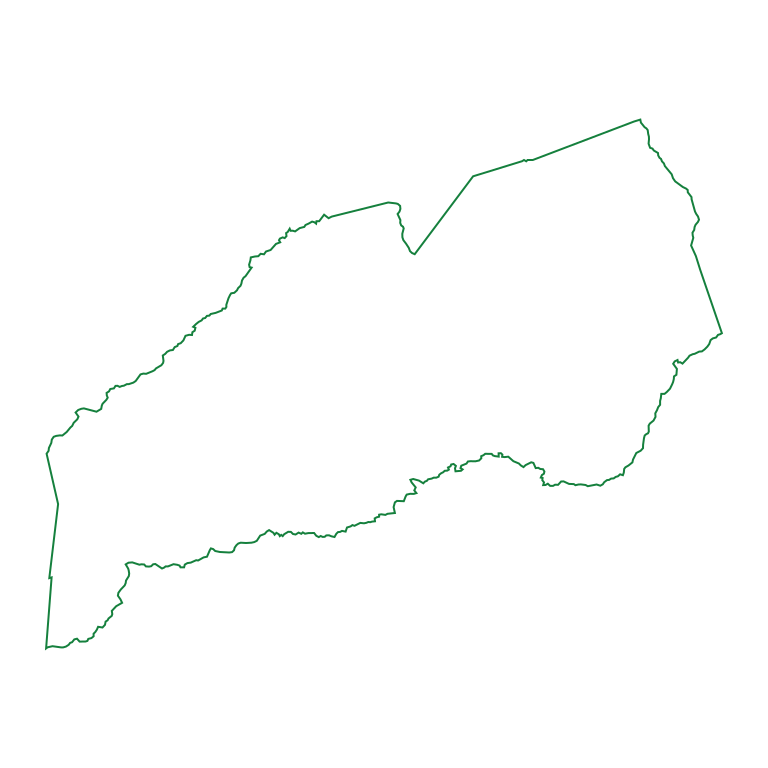 the district of Fernando Falcão, Maranhão, Brazil
{"feature_id": "56859067B71869987611972", "entity_name": "Fernando Falcão", "entity_type": "district", "adm_level": 2, "iso_a3": "BRA", "parent_name": "Brazil", "parent_adm1": "Maranhão", "projection": "orthographic", "projection_center": [-45.34, -6.195], "detail": "fine", "context": "isolated", "style": "outline", "palette": "green", "viewbox_px": 768, "rotation_deg": 0, "n_neighbors": 0, "source": "geoboundaries", "source_scale": "gbopen_adm2", "svg_char_len": 6083}
<svg xmlns="http://www.w3.org/2000/svg" viewBox="0 0 768 768"><path d="M388.2,202.5L331.7,216.6L328.6,218.2L324.1,214.7L319.2,221.2L316.5,221.2L316.1,223.6L314.5,222.3L312.1,221.6L308.6,223.6L305.5,225.0L304.3,226.9L299.7,228.1L295.1,231.4L292.7,230.7L290.6,230.8L289.7,228.7L287.7,232.0L286.1,233.1L286.5,236.1L284.7,238.1L282.7,237.4L279.9,238.6L279.0,240.2L280.2,242.3L276.0,243.9L270.6,250.0L266.0,251.5L264.0,254.3L260.6,253.8L258.3,256.2L254.9,256.5L250.8,257.4L250.4,260.4L249.1,264.7L249.6,267.1L251.6,267.6L245.5,276.2L243.6,277.7L242.0,280.5L241.4,283.6L240.5,285.8L238.1,288.1L237.0,290.3L234.3,292.8L231.2,293.3L230.1,294.9L228.5,298.2L226.3,304.9L226.4,306.9L225.3,308.6L222.6,308.6L221.8,310.5L215.6,312.9L210.7,314.0L209.4,315.6L206.9,315.9L205.2,318.0L203.0,318.5L201.6,320.4L198.7,321.9L196.1,324.0L193.2,326.8L195.4,327.8L194.7,330.7L192.4,332.2L192.0,335.0L189.1,334.8L185.5,335.8L183.4,340.4L180.7,343.2L178.1,344.1L177.4,346.0L174.7,347.1L172.9,350.0L169.9,350.4L167.1,351.8L165.2,353.9L162.8,355.5L163.5,360.9L163.1,362.9L161.4,365.2L156.0,368.4L154.6,370.1L152.6,371.2L146.2,373.8L143.3,373.6L140.5,374.4L135.7,381.0L133.4,382.6L128.9,384.1L126.9,384.1L123.9,385.7L121.9,386.0L119.7,386.9L117.5,385.8L115.5,385.9L113.9,388.4L110.3,389.0L109.0,391.4L106.6,392.9L106.8,395.4L107.7,397.7L106.3,399.9L102.6,403.7L101.8,405.6L101.2,408.9L96.5,411.7L83.9,408.4L81.3,408.8L78.2,410.0L75.6,412.5L78.5,416.6L77.3,419.3L73.7,422.8L72.2,425.9L70.4,427.5L66.7,432.0L62.4,435.5L59.8,435.4L56.2,435.9L53.7,436.8L51.8,439.6L51.3,442.9L48.9,448.0L48.6,450.8L46.6,453.7L58.1,504.1L49.3,578.1L51.6,577.4L46.1,648.4L47.6,647.3L52.5,646.2L61.1,647.4L63.1,647.4L65.9,646.6L68.7,644.8L70.1,642.9L72.1,642.2L74.3,639.4L77.0,638.7L79.6,641.6L85.6,641.5L87.4,640.9L88.3,638.9L91.4,638.1L93.6,636.3L93.6,633.7L95.3,632.0L96.9,629.6L98.1,626.8L102.5,627.5L105.0,624.8L105.6,621.6L107.6,620.3L108.5,618.5L111.7,615.9L112.3,614.1L111.8,610.9L116.2,606.2L122.1,602.8L120.5,599.4L117.9,595.7L118.4,592.8L120.8,589.5L124.7,585.4L125.7,583.0L126.0,580.6L128.8,576.1L129.2,573.6L128.7,570.4L128.2,568.6L125.7,564.4L128.5,562.7L132.3,562.4L139.4,564.7L141.4,564.3L144.2,564.5L145.9,566.4L149.0,566.6L151.2,566.2L153.1,564.3L155.3,564.0L162.0,568.5L164.1,567.6L165.6,566.4L168.0,566.4L173.5,564.2L177.3,564.8L179.6,565.6L180.5,567.3L184.1,567.3L184.8,564.6L187.4,563.1L190.8,562.6L196.2,560.2L198.1,560.5L203.6,557.4L207.0,556.7L209.8,550.2L210.9,548.4L213.2,549.1L215.2,551.0L219.9,552.0L229.4,552.5L232.1,552.1L234.0,550.3L234.7,547.6L236.5,545.1L238.3,543.5L240.7,542.7L246.0,543.0L251.4,542.7L254.2,542.1L256.8,540.8L260.2,535.6L264.7,533.9L266.8,531.5L269.1,530.1L273.4,532.8L274.6,534.7L276.4,532.8L278.9,534.3L279.8,536.1L281.2,534.9L282.7,536.1L284.2,534.2L288.2,531.8L290.9,531.9L293.0,534.0L295.6,534.5L298.6,532.6L301.3,533.8L302.8,532.4L305.0,533.7L308.3,533.1L314.1,533.0L316.3,535.8L318.8,537.1L320.7,536.0L322.6,536.9L324.7,536.8L326.3,535.4L329.0,535.3L331.4,536.3L334.5,537.0L336.3,533.8L338.0,532.1L340.1,531.9L342.0,530.9L345.6,531.6L347.0,527.5L350.6,526.4L352.4,525.1L354.5,525.8L360.3,522.9L364.0,523.3L366.4,522.8L368.3,522.0L370.2,522.2L372.1,521.6L375.0,521.3L374.7,518.4L376.7,517.3L379.1,516.7L379.1,514.7L381.3,514.3L385.4,514.9L387.5,513.8L394.9,513.0L393.6,507.1L394.9,502.4L397.0,500.9L403.8,501.2L405.6,496.5L406.7,494.6L410.2,493.8L413.8,493.9L416.4,493.1L414.3,490.4L415.7,487.4L411.6,482.4L410.4,479.8L413.2,479.0L419.0,480.6L423.3,483.3L424.9,481.6L426.9,480.8L428.1,479.3L431.7,478.6L433.6,477.7L436.2,477.7L438.6,476.7L439.3,474.7L441.2,473.2L443.1,472.3L444.7,470.8L447.3,470.6L448.9,469.6L448.0,467.5L450.5,466.3L451.2,464.5L453.6,464.0L455.9,465.9L455.0,468.2L455.5,471.3L461.0,470.8L462.6,469.4L460.5,468.1L461.3,465.7L466.5,463.6L467.9,461.5L470.4,461.2L475.4,461.3L479.1,460.5L481.3,458.3L481.2,456.2L483.5,455.2L485.2,453.8L491.7,453.9L492.9,455.4L494.8,456.1L498.7,456.6L498.6,453.3L500.9,453.2L502.4,454.6L502.1,456.8L504.5,457.1L508.3,456.7L513.4,461.2L518.9,463.5L520.8,465.4L523.5,467.1L525.6,465.1L531.2,462.3L533.4,462.9L535.7,468.1L538.3,467.8L540.3,469.0L543.0,469.2L544.4,471.5L543.9,473.7L541.9,475.1L540.8,477.6L542.6,478.0L542.3,480.2L544.0,482.4L543.2,485.1L545.5,485.0L547.8,483.7L550.2,485.9L553.0,485.9L555.1,484.7L558.1,484.8L561.1,481.5L563.6,481.4L569.0,483.9L573.8,484.1L575.4,485.2L578.5,484.5L580.9,484.4L585.6,485.0L587.8,486.2L596.6,484.5L600.3,485.7L602.8,484.3L604.2,482.2L607.0,480.1L609.1,479.9L611.1,478.6L613.7,478.4L615.7,476.9L617.9,476.3L620.1,474.3L622.9,475.2L623.8,472.6L624.2,468.9L625.4,467.3L628.5,465.5L632.4,462.4L633.0,459.6L636.3,453.0L640.7,450.7L643.0,448.2L643.1,444.7L644.0,438.1L644.7,435.5L646.2,434.2L648.0,433.3L648.8,431.6L648.6,425.7L649.8,423.6L653.5,420.6L655.5,416.9L655.3,413.3L657.0,410.2L658.2,407.1L660.1,404.8L660.1,400.9L660.8,398.3L661.3,393.9L664.5,393.9L666.7,392.1L670.0,388.7L672.1,384.4L673.1,382.0L673.8,379.1L674.0,376.4L676.4,374.8L676.9,368.9L673.2,363.8L674.7,361.4L677.5,360.0L678.1,362.5L680.2,362.2L682.5,363.6L688.1,357.7L689.5,355.7L692.7,354.2L694.7,353.8L699.2,351.6L701.9,351.4L704.6,349.4L707.3,346.7L709.2,344.1L710.6,340.1L712.8,338.4L716.1,337.5L718.0,334.9L720.2,334.2L721.9,333.2L700.2,269.8L695.9,256.1L691.1,245.5L693.3,237.8L692.7,235.4L692.5,232.7L694.2,229.9L694.6,227.0L695.6,224.7L697.9,222.0L699.0,219.7L698.0,216.5L696.2,213.9L695.0,211.5L691.6,199.3L691.5,197.1L687.8,192.3L687.7,190.0L686.1,188.6L682.8,187.0L675.2,181.4L673.0,178.2L671.7,174.3L664.9,166.1L663.9,163.4L662.0,161.4L661.0,158.9L659.5,157.8L658.2,155.4L658.0,153.0L653.8,150.5L652.5,148.6L650.1,147.8L648.6,143.7L649.0,139.2L648.9,136.6L648.2,133.9L647.7,130.1L646.4,128.4L644.6,127.2L640.9,122.6L640.3,119.6L634.1,121.5L532.8,160.0L527.6,160.0L526.2,161.3L524.0,160.0L522.1,161.2L473.1,176.3L414.7,254.2L412.0,253.0L410.0,251.1L408.8,247.9L406.0,243.6L403.4,240.2L402.4,237.3L402.3,233.8L403.7,228.4L403.0,226.7L401.2,225.4L400.2,222.9L400.4,220.1L397.6,214.0L399.5,211.6L400.4,208.9L400.1,205.9L397.8,203.9L395.9,203.4L388.2,202.5Z" fill="none" stroke="#15803d" stroke-width="2"/></svg>